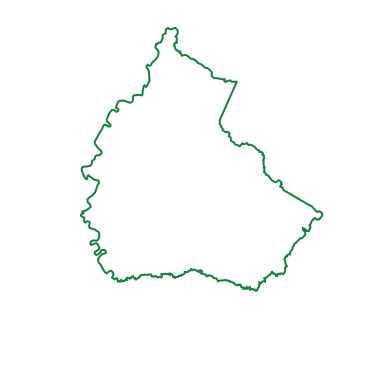 the district of Guajará-Mirim, Rondônia, Brazil, rotated 39°
{"feature_id": "56859067B61607327438980", "entity_name": "Guajará-Mirim", "entity_type": "district", "adm_level": 2, "iso_a3": "BRA", "parent_name": "Brazil", "parent_adm1": "Rondônia", "projection": "mercator", "projection_center": [-64.555, -11.323], "detail": "fine", "context": "isolated", "style": "outline", "palette": "green", "viewbox_px": 384, "rotation_deg": 39, "n_neighbors": 0, "source": "geoboundaries", "source_scale": "gbopen_adm2", "svg_char_len": 5975}
<svg xmlns="http://www.w3.org/2000/svg" viewBox="0 0 384 384"><g transform="rotate(39 192 192)"><path d="M293.1,234.8L294.7,233.3L294.3,231.6L295.8,232.1L296.0,230.7L296.9,229.4L298.1,231.5L298.6,231.5L299.7,229.3L302.0,228.9L302.2,228.3L304.0,228.5L304.6,227.3L303.8,225.9L303.6,222.9L302.6,222.2L302.6,221.1L301.5,220.1L302.7,220.0L302.9,219.6L302.5,219.2L303.0,218.9L302.9,217.7L303.9,216.1L305.1,215.7L303.7,214.0L302.4,213.7L302.8,212.7L303.4,212.7L303.9,210.9L303.9,209.0L304.8,207.3L304.5,206.6L305.0,205.0L304.2,204.1L304.5,203.6L305.2,204.0L306.9,203.6L306.9,204.1L309.1,203.7L310.1,204.4L311.0,203.7L310.0,202.5L311.1,200.6L312.1,200.7L312.4,199.1L314.6,198.2L314.6,196.5L313.7,194.1L311.8,192.2L312.5,190.1L311.8,189.7L310.8,189.7L307.5,186.6L306.1,186.3L305.9,183.7L305.4,183.6L305.3,183.1L305.7,182.1L306.3,181.9L305.7,181.1L306.0,180.2L306.5,179.4L307.4,179.1L306.8,177.6L306.1,177.0L306.0,173.4L304.9,171.3L304.9,169.3L304.1,168.1L304.7,165.9L305.3,160.0L306.6,158.6L306.9,153.6L305.0,151.9L302.1,151.5L300.9,150.2L302.6,149.7L306.0,150.0L307.4,148.7L306.6,146.9L306.7,146.0L305.5,144.0L304.0,143.8L304.2,141.8L303.5,140.0L303.3,138.3L303.8,137.3L303.5,136.4L303.9,134.8L305.9,134.9L308.1,133.4L308.0,128.5L307.5,127.5L305.2,126.5L303.2,126.8L302.0,128.5L301.0,128.8L293.6,127.7L291.7,128.4L262.0,132.9L259.5,131.6L257.4,132.4L256.8,131.4L256.9,129.9L256.0,129.6L255.4,128.2L252.6,128.2L251.9,128.4L251.3,131.3L250.5,132.0L246.8,132.7L241.0,131.2L240.7,131.6L239.7,131.4L238.5,132.1L237.0,130.9L236.2,131.4L235.3,131.0L233.1,127.5L232.4,127.9L232.0,126.9L229.9,125.3L228.5,123.2L227.7,123.1L227.6,122.3L226.8,121.4L226.9,120.4L225.1,119.0L225.0,118.4L223.1,118.6L222.8,117.3L220.7,117.2L219.3,118.3L218.0,117.5L215.6,118.2L212.1,117.4L211.1,118.0L209.2,117.8L207.3,118.8L206.2,120.0L204.1,119.3L202.3,122.0L201.5,122.6L200.5,122.4L200.3,126.5L197.6,126.9L195.6,128.0L193.7,127.1L190.1,127.6L187.6,125.3L185.5,125.4L184.8,123.7L183.9,123.2L183.7,122.5L181.8,122.9L180.3,124.4L176.7,124.6L176.0,123.5L173.9,123.3L173.1,122.3L170.8,121.8L169.3,119.7L168.5,119.3L157.7,79.1L157.2,78.3L153.5,81.3L151.5,81.2L149.7,83.2L148.8,85.5L147.1,85.3L146.9,84.3L146.1,83.8L144.8,85.2L139.5,88.0L137.3,89.7L134.2,89.4L132.3,86.6L127.9,85.8L125.8,86.2L124.0,87.1L118.6,87.0L115.1,88.1L113.5,87.5L109.6,87.8L106.8,89.3L103.5,89.0L100.9,89.4L98.2,92.4L96.5,91.2L94.9,91.6L94.4,90.3L93.2,91.3L91.3,91.1L90.8,91.7L88.4,90.9L87.1,89.8L86.2,89.7L86.0,88.7L85.3,88.7L84.9,87.5L85.6,86.0L86.3,85.6L86.2,85.1L84.9,84.5L84.6,83.5L83.1,81.7L81.2,81.4L81.5,80.5L81.0,77.4L79.0,75.4L75.7,74.9L72.8,79.3L70.1,79.6L69.4,82.2L71.8,85.4L70.6,87.7L70.6,88.8L72.4,90.9L73.5,95.0L73.3,95.9L72.0,96.9L71.9,99.0L71.0,99.5L71.1,100.0L72.6,102.8L76.4,103.4L78.4,104.6L80.1,107.9L80.4,112.2L79.6,116.0L80.2,119.5L79.5,120.8L77.6,120.9L77.4,122.7L78.0,123.6L80.8,124.4L83.3,126.2L89.1,132.5L90.3,138.9L90.2,139.4L88.0,139.0L87.8,139.9L90.2,144.7L92.3,147.6L92.1,148.6L89.9,149.6L85.9,153.6L85.9,154.6L88.4,157.9L88.6,159.9L88.0,161.3L86.8,162.1L81.9,163.6L78.7,166.2L77.8,168.1L79.5,174.0L80.3,174.4L82.0,173.8L82.8,174.0L83.6,175.3L82.9,177.2L79.6,177.3L78.2,178.7L78.1,182.3L80.0,189.3L81.4,190.6L86.5,191.1L87.1,192.1L87.0,192.8L86.1,193.5L82.2,194.1L81.4,196.2L82.5,199.9L83.0,204.6L84.8,214.2L86.1,215.6L91.3,216.9L95.6,217.2L97.0,218.3L97.4,219.2L97.0,221.3L94.8,223.7L94.4,225.0L95.6,227.7L94.8,230.7L96.5,233.6L96.4,235.5L95.1,237.5L91.6,240.8L91.1,242.0L91.7,243.4L93.2,244.8L98.1,247.7L101.2,248.7L102.2,248.2L102.2,247.6L100.7,245.3L101.0,244.2L108.1,244.0L112.0,242.0L113.5,242.8L114.2,243.9L114.3,245.9L116.9,253.2L116.7,257.6L115.4,261.8L115.5,263.5L117.1,265.4L121.3,266.1L122.6,267.2L122.2,269.9L121.2,273.0L119.2,275.7L119.5,276.8L120.4,276.3L121.2,276.8L120.0,279.1L120.7,280.3L122.2,280.5L123.0,280.0L124.3,279.8L126.6,282.6L127.7,283.1L128.2,283.0L129.0,280.6L131.2,279.8L132.1,280.6L133.6,283.4L135.1,284.4L139.6,282.5L144.1,281.9L145.2,282.1L146.8,283.4L148.6,286.5L149.0,288.5L148.4,290.1L146.3,291.2L144.9,293.1L144.7,294.4L145.9,296.5L147.1,296.6L149.0,293.0L150.2,292.0L151.5,291.9L154.1,293.0L155.4,294.0L155.7,295.5L154.2,299.6L155.0,301.0L156.7,301.4L157.5,300.9L158.4,299.0L158.7,296.6L158.2,293.9L160.3,292.3L162.1,292.2L163.4,293.2L163.4,293.8L161.3,297.0L160.9,300.9L161.5,303.6L163.7,305.6L166.8,306.0L173.9,308.9L176.8,309.1L177.8,304.9L178.9,304.2L180.8,304.2L182.9,305.4L183.7,308.9L186.7,308.6L187.4,306.7L188.5,306.3L190.6,308.2L193.1,306.4L192.6,305.6L192.0,305.7L192.3,304.8L194.3,304.9L195.4,303.7L195.6,302.1L196.7,301.2L195.4,300.5L195.6,299.5L197.7,298.0L198.1,298.4L198.8,297.3L198.5,296.6L198.9,295.0L199.2,295.5L200.1,295.0L201.6,295.3L201.8,294.6L202.4,294.7L203.3,294.7L203.2,295.3L203.6,295.3L204.8,291.2L204.3,291.0L204.8,288.5L206.1,287.6L207.3,285.8L208.1,285.7L211.7,282.1L212.2,281.9L213.8,282.8L214.5,282.6L214.6,282.1L215.7,281.9L216.4,280.3L219.4,279.8L220.4,278.3L221.9,277.8L221.9,276.5L219.9,275.3L220.0,274.8L221.7,273.6L222.7,272.2L223.9,271.9L225.4,270.0L225.8,270.5L226.2,269.9L226.9,270.0L226.5,269.3L226.8,268.9L229.2,268.8L230.5,269.2L230.8,269.8L231.2,269.3L231.4,269.8L231.9,269.7L231.9,269.0L233.0,269.1L233.2,268.1L234.4,267.1L234.9,265.6L234.5,265.5L234.7,265.0L236.2,264.0L235.8,262.8L236.7,262.5L237.4,260.9L237.4,260.0L236.6,258.7L237.0,258.2L237.5,258.5L237.9,258.1L239.2,256.3L239.0,255.4L240.2,254.2L240.5,253.4L239.7,252.7L239.9,252.3L241.5,252.3L243.2,250.5L246.6,250.0L247.0,249.1L247.9,249.6L248.3,248.1L247.5,248.0L248.3,247.1L249.9,247.5L250.0,249.2L250.5,249.6L252.7,248.3L253.6,248.3L254.3,247.6L255.4,247.5L256.3,248.4L257.3,247.3L257.5,246.1L259.6,245.1L261.4,244.8L263.0,245.2L265.5,243.8L268.5,245.0L269.8,242.7L271.1,241.9L273.6,238.9L274.7,239.2L276.0,237.9L277.4,237.5L277.8,238.0L278.8,237.2L281.9,236.3L282.4,236.8L283.5,236.8L284.6,236.3L286.0,236.2L286.4,234.5L287.8,234.3L288.2,233.5L289.5,234.7L290.8,234.8L292.2,233.6L292.8,233.8L293.1,234.8Z" fill="none" stroke="#15803d" stroke-width="2"/></g></svg>